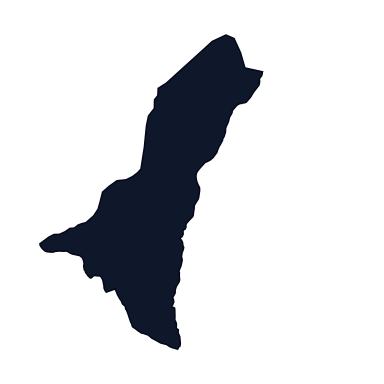 outline of Mayo-Danay, Extrême-Nord, Cameroon, rotated 42°
{"feature_id": "32672807B23743986432811", "entity_name": "Mayo-Danay", "entity_type": "district", "adm_level": 2, "iso_a3": "CMR", "parent_name": "Cameroon", "parent_adm1": "Extrême-Nord", "projection": "equal_earth", "projection_center": [15.187, 10.47], "detail": "fine", "context": "isolated", "style": "filled", "palette": "ink", "viewbox_px": 384, "rotation_deg": 42, "n_neighbors": 0, "source": "geoboundaries", "source_scale": "gbopen_adm2", "svg_char_len": 2819}
<svg xmlns="http://www.w3.org/2000/svg" viewBox="0 0 384 384"><g transform="rotate(42 192 192)"><path d="M97.5,137.6L102.1,143.2L102.4,148.5L108.1,155.1L108.8,164.6L113.9,173.3L122.2,184.6L126.5,190.4L138.7,209.1L138.7,211.6L138.7,214.0L137.5,220.4L134.8,227.1L128.7,233.8L126.6,243.4L125.6,251.9L130.4,260.9L133.7,267.6L134.9,275.6L133.7,285.8L131.2,289.4L129.4,293.0L128.7,297.6L125.6,300.7L124.3,306.5L121.7,312.3L117.9,315.9L115.9,321.0L113.6,332.2L115.1,333.4L118.5,334.2L122.3,334.2L123.3,333.8L124.5,333.2L127.5,331.0L128.3,330.1L128.9,329.8L130.2,327.5L133.0,324.5L135.2,322.8L138.4,319.8L140.2,319.2L141.3,319.2L144.3,318.3L150.8,314.6L151.3,314.3L153.0,314.3L154.1,314.2L154.7,314.2L155.3,314.6L157.6,315.7L159.8,317.5L161.2,319.7L164.1,321.9L165.3,322.0L167.1,323.2L168.0,323.1L170.3,323.8L173.8,324.0L174.7,323.1L174.8,320.6L175.7,319.0L177.0,318.2L179.8,316.0L181.8,316.0L185.0,317.3L189.8,321.0L190.8,322.2L193.6,323.5L195.3,323.8L199.8,315.5L202.8,316.9L205.2,318.1L208.8,319.4L213.1,320.5L214.1,321.2L215.5,321.7L217.8,321.6L217.8,321.4L219.6,322.1L221.1,323.4L222.2,323.5L226.0,325.4L233.3,329.6L235.5,330.4L237.4,331.7L238.4,331.9L241.1,331.5L245.1,331.2L248.6,330.7L249.8,330.0L251.0,329.4L255.2,327.6L260.0,327.5L265.4,326.1L268.4,325.5L270.4,324.9L274.9,322.4L275.9,322.2L278.6,321.9L281.6,320.8L285.3,319.0L286.5,318.4L286.3,317.9L285.7,314.6L285.7,314.2L285.9,314.2L284.9,312.6L279.8,307.8L278.8,307.3L276.0,306.0L274.0,303.5L271.6,303.9L268.6,300.4L266.6,299.2L265.0,298.8L263.3,296.7L261.4,294.6L257.6,290.6L256.7,289.9L255.1,290.3L254.5,291.5L253.6,290.9L253.0,288.4L252.0,285.8L249.7,284.0L248.3,283.5L247.1,278.4L245.1,276.1L243.6,272.9L242.6,267.8L241.6,265.6L239.0,263.2L236.4,260.2L235.5,259.9L234.8,258.7L233.4,254.6L230.3,249.1L227.4,247.0L225.2,243.7L224.5,241.7L223.9,240.5L223.0,238.8L220.9,237.8L219.7,236.6L218.0,235.4L214.2,234.4L213.9,233.4L214.5,232.0L213.7,229.3L211.5,227.1L211.1,226.1L211.7,224.0L210.9,222.0L209.6,220.7L208.9,219.3L208.8,214.7L209.0,209.9L208.6,208.7L205.9,204.8L205.0,203.3L202.8,200.6L202.2,198.0L201.4,193.5L200.8,191.9L196.7,185.8L194.5,183.6L193.3,183.3L189.5,181.6L187.2,180.1L185.0,178.3L183.5,176.5L182.4,174.2L182.0,170.9L181.9,167.0L182.0,161.1L182.9,159.4L184.1,156.1L184.6,152.3L184.0,146.1L183.1,144.1L181.8,140.5L181.1,137.0L180.1,133.1L179.3,132.1L178.7,129.3L176.8,125.1L174.7,122.6L173.7,120.8L172.2,115.8L170.2,112.1L169.5,110.0L169.3,108.5L168.7,106.3L167.6,104.7L167.4,103.1L167.3,97.9L167.7,96.0L168.6,94.0L169.9,92.7L170.0,92.0L171.3,90.7L172.2,88.9L172.0,82.0L170.9,76.6L170.5,70.9L170.2,67.6L168.5,64.8L166.3,62.8L166.0,59.2L165.3,57.5L164.8,56.8L164.5,56.4L164.1,55.9L164.0,55.5L148.3,64.4L135.0,56.1L120.6,49.8L112.2,52.6L106.3,66.6L104.7,83.0L100.1,128.2L97.5,137.6Z" fill="#0f172a" stroke="#020617" stroke-width="1.5"/></g></svg>